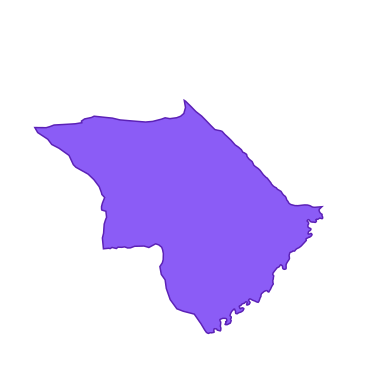 Tilisca, Sibiu, Romania (Robinson projection), rotated 150°
{"feature_id": "2599482B67392717014509", "entity_name": "Tilisca", "entity_type": "district", "adm_level": 2, "iso_a3": "ROU", "parent_name": "Romania", "parent_adm1": "Sibiu", "projection": "robinson", "projection_center": [23.731, 45.777], "detail": "fine", "context": "isolated", "style": "filled", "palette": "violet", "viewbox_px": 384, "rotation_deg": 150, "n_neighbors": 0, "source": "geoboundaries", "source_scale": "gbopen_adm2", "svg_char_len": 5601}
<svg xmlns="http://www.w3.org/2000/svg" viewBox="0 0 384 384"><g transform="rotate(150 192 192)"><path d="M248.6,61.4L247.7,61.2L246.7,61.1L245.6,60.4L245.4,60.2L244.3,59.9L244.2,59.8L243.1,59.5L242.7,59.9L242.7,60.4L242.2,61.4L241.8,61.8L241.6,62.2L241.1,62.4L240.7,62.3L239.9,61.6L239.2,61.1L239.1,60.6L239.2,60.2L239.2,59.8L238.4,59.0L237.6,58.2L237.0,57.6L236.4,57.8L235.9,58.4L235.2,59.4L234.8,60.5L234.7,61.3L234.3,62.0L233.7,62.7L232.9,63.8L232.3,64.7L232.1,65.4L232.1,66.0L232.1,66.6L231.8,67.4L231.4,67.6L230.3,67.5L228.8,67.3L227.8,66.8L226.5,66.0L225.8,65.4L225.6,64.9L225.7,64.2L226.0,63.5L226.6,62.8L227.0,62.6L227.4,62.8L227.6,62.9L228.0,62.2L228.1,61.7L228.6,61.3L229.1,61.2L229.5,61.0L229.5,60.7L229.2,60.3L228.4,59.8L227.7,59.5L225.4,59.4L224.5,59.3L224.2,59.5L223.4,60.1L222.7,60.7L222.4,61.0L222.3,61.3L222.3,61.9L222.3,62.4L222.1,62.7L221.8,63.1L221.1,63.2L220.7,63.8L220.5,64.3L220.6,64.8L220.9,65.4L220.9,66.0L220.3,66.5L219.6,67.2L218.8,67.8L217.4,68.7L216.0,69.1L215.4,69.3L214.6,69.6L213.9,69.5L213.6,69.1L213.9,68.4L213.9,67.6L213.9,66.9L214.3,66.3L214.7,65.6L214.8,65.1L214.6,64.6L213.9,64.1L213.4,63.9L212.5,64.1L211.3,64.0L210.3,63.7L209.8,63.6L208.4,63.6L207.1,63.8L205.6,64.8L205.4,65.2L205.8,66.0L206.4,66.6L207.2,66.7L208.3,66.7L208.7,67.3L208.6,67.8L208.4,68.2L208.5,68.9L208.2,69.4L207.8,69.6L207.1,69.4L206.7,69.3L206.2,69.4L205.8,69.5L205.4,69.9L204.3,69.9L203.3,69.8L202.2,69.5L201.4,69.8L200.2,70.0L199.8,69.6L199.3,69.0L199.8,68.2L200.7,67.6L201.1,67.0L200.8,66.6L200.2,66.3L199.3,66.3L198.6,66.2L197.4,66.9L197.0,67.2L196.9,68.3L197.1,69.4L197.2,70.0L196.8,70.3L195.7,70.6L195.3,70.4L194.9,70.2L193.7,68.1L191.8,65.8L191.2,64.7L190.5,64.0L189.9,63.4L189.5,63.5L188.8,63.8L187.1,65.2L186.1,66.1L184.5,67.1L184.1,67.8L183.2,68.8L182.6,69.2L180.9,69.5L179.3,69.8L177.4,69.6L176.5,69.2L176.2,68.6L176.2,67.9L176.0,67.5L175.5,67.0L175.0,67.2L174.7,67.5L172.7,68.5L170.9,69.8L169.7,70.6L168.2,71.4L167.7,71.6L167.5,72.0L167.3,72.5L167.3,73.1L166.8,73.8L166.3,74.9L165.4,75.8L165.0,76.1L164.7,76.7L163.8,77.8L163.3,78.3L163.1,78.8L163.2,79.3L163.3,79.8L163.3,80.2L163.0,80.6L162.4,81.2L161.9,81.5L159.3,82.6L158.0,83.1L156.3,83.8L154.6,83.7L153.9,83.7L153.3,83.9L152.8,84.2L152.5,84.4L152.1,84.6L151.8,84.7L151.4,84.5L151.2,84.1L150.8,83.1L150.8,82.3L151.1,81.7L151.4,81.1L151.6,80.2L151.3,79.6L150.9,79.0L150.0,78.6L149.1,78.5L148.5,79.0L148.0,80.0L147.6,80.7L147.0,81.8L145.9,82.8L144.0,83.9L142.1,84.8L141.6,85.1L140.9,85.6L140.5,86.4L140.1,87.2L139.9,88.1L139.4,88.7L138.9,89.3L138.3,89.8L137.9,90.3L137.1,90.6L136.5,90.5L135.7,90.3L134.9,90.3L134.0,90.4L133.4,89.9L133.1,89.7L132.5,89.6L130.8,90.3L130.0,90.4L129.1,90.5L127.4,90.3L126.4,90.4L125.2,90.5L123.9,90.8L122.0,91.4L120.0,92.0L117.9,92.7L117.4,92.8L117.1,93.1L117.0,93.6L116.9,94.1L116.4,94.5L115.7,94.5L114.8,94.3L114.0,94.4L113.6,94.5L113.1,94.3L112.8,94.0L112.3,94.1L111.5,94.2L110.7,94.3L110.1,94.6L109.5,94.9L109.3,95.2L109.3,95.9L109.4,96.4L109.8,96.7L110.5,96.7L111.2,96.9L111.9,97.1L112.4,97.7L112.3,98.0L111.7,98.6L110.9,99.4L110.0,99.6L109.4,99.5L108.8,99.6L108.4,99.7L107.5,100.4L107.5,101.0L107.8,101.4L108.3,102.0L109.0,103.3L108.7,104.6L107.9,105.6L107.0,106.0L106.5,106.7L106.4,107.9L106.6,108.7L106.8,109.3L106.4,109.7L105.5,110.0L105.0,109.9L104.6,109.4L104.4,108.9L104.4,108.2L104.3,107.5L104.1,107.0L103.5,106.3L102.9,105.8L102.2,105.4L101.7,105.1L101.3,104.7L100.9,104.4L100.6,104.1L100.2,104.0L99.6,104.1L98.9,104.5L98.7,105.1L98.7,105.8L98.5,106.1L97.9,106.1L97.4,106.0L97.1,105.7L96.6,105.4L96.2,105.5L95.5,105.5L94.4,105.5L93.5,104.6L92.9,104.0L92.4,103.8L92.1,103.9L91.5,104.7L91.4,105.0L91.3,105.7L91.2,106.4L91.2,106.6L90.9,107.0L90.6,107.4L90.6,107.9L91.0,108.4L91.4,109.7L91.5,111.0L91.3,111.7L91.1,112.7L90.4,113.4L87.7,114.1L86.9,114.3L91.7,116.6L93.4,117.4L95.1,118.6L96.7,121.2L98.5,123.0L101.1,124.6L107.1,127.2L109.7,128.8L112.8,131.9L113.6,133.7L113.7,134.5L113.6,135.9L113.9,137.7L113.4,140.1L113.4,141.5L114.2,143.4L114.5,145.1L114.6,148.0L115.5,149.7L116.4,151.2L116.8,152.3L116.9,153.4L118.1,155.3L118.7,156.8L119.2,159.1L119.1,160.4L119.9,166.4L120.6,167.7L121.6,171.3L122.2,176.6L122.9,179.1L124.6,182.8L125.1,184.4L124.9,185.9L124.7,188.2L126.0,191.7L126.2,192.4L126.6,195.1L125.9,197.3L127.0,199.6L128.1,201.1L128.1,203.9L129.3,207.5L131.1,211.2L132.3,217.3L133.9,222.7L134.8,225.5L135.6,229.4L136.7,230.8L139.4,233.1L141.0,234.7L142.5,240.3L144.2,247.2L145.7,253.0L148.3,259.4L148.8,261.2L149.8,265.2L152.2,273.9L152.9,275.2L155.4,268.4L159.8,264.1L164.0,263.3L168.2,264.0L174.5,266.6L178.2,269.7L182.2,270.4L190.7,272.8L197.2,275.8L210.1,284.7L218.4,290.5L224.0,295.8L230.4,300.4L236.7,305.0L238.9,306.6L241.8,306.8L248.5,309.0L252.3,308.7L252.8,307.1L259.1,309.5L262.5,311.2L268.5,314.2L278.0,319.0L282.4,319.7L286.1,320.6L295.9,326.4L295.9,320.6L293.2,315.2L290.5,309.8L289.7,303.3L285.3,296.4L280.2,285.2L281.1,275.0L280.2,271.5L273.0,259.4L270.8,251.9L269.7,243.0L270.7,237.0L271.3,234.9L270.5,231.4L270.4,230.9L275.1,227.2L277.6,224.7L278.9,222.4L279.1,221.4L276.2,218.4L277.7,214.9L278.7,212.7L280.4,211.5L284.1,208.1L289.2,200.5L292.6,197.0L297.1,187.1L292.4,185.0L291.1,183.9L289.0,184.0L285.8,180.9L283.6,181.2L280.5,179.2L277.8,178.2L275.7,175.7L273.2,174.4L268.9,173.7L260.6,169.2L257.9,166.4L257.1,165.5L252.3,165.4L249.4,165.3L247.2,162.8L245.9,159.4L246.3,156.8L247.6,153.0L250.8,147.8L253.1,145.5L257.1,143.5L259.8,136.0L259.2,129.4L262.5,121.3L264.7,109.7L263.5,98.4L259.2,93.1L253.8,87.8L251.1,85.1L250.8,81.6L250.5,78.2L250.4,76.6L250.1,73.6L250.0,66.3L249.7,63.1L248.6,61.4Z" fill="#8b5cf6" stroke="#5b21b6" stroke-width="1.5"/></g></svg>